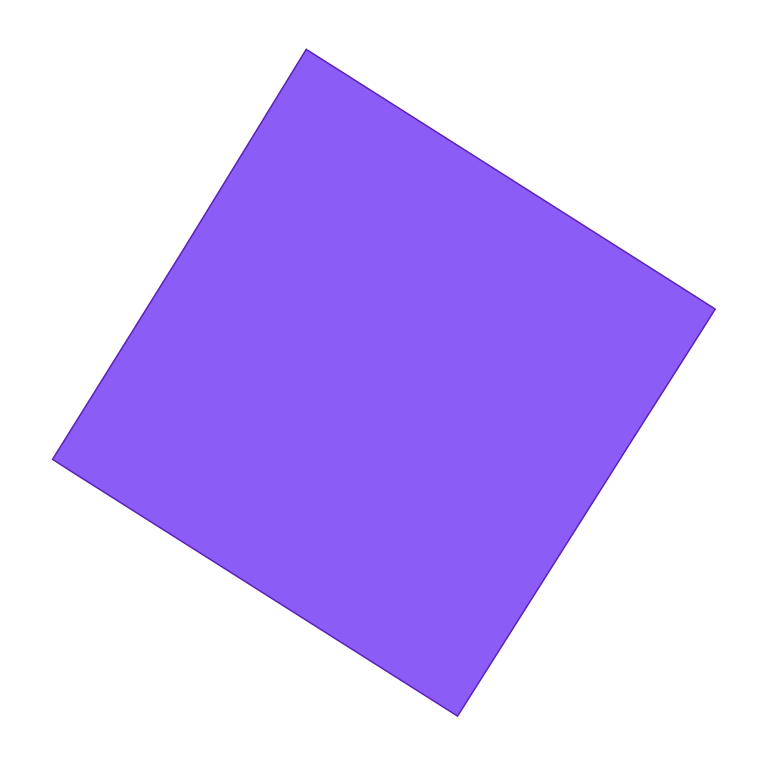 outline of Lawrence, Missouri, United States of America, rotated 211°
{"feature_id": "52423323B4731020405921", "entity_name": "Lawrence", "entity_type": "district", "adm_level": 2, "iso_a3": "USA", "parent_name": "United States of America", "parent_adm1": "Missouri", "projection": "mercator", "projection_center": [-93.833, 37.106], "detail": "fine", "context": "isolated", "style": "filled", "palette": "violet", "viewbox_px": 768, "rotation_deg": 211, "n_neighbors": 0, "source": "geoboundaries", "source_scale": "gbopen_adm2", "svg_char_len": 315}
<svg xmlns="http://www.w3.org/2000/svg" viewBox="0 0 768 768"><g transform="rotate(211 384 384)"><path d="M607.1,148.0L149.9,137.2L142.5,462.7L140.5,540.9L139.1,599.2L138.7,618.8L196.7,620.3L623.0,630.8L623.9,532.9L625.2,395.5L629.3,148.7L607.1,148.0Z" fill="#8b5cf6" stroke="#5b21b6" stroke-width="1.5"/></g></svg>